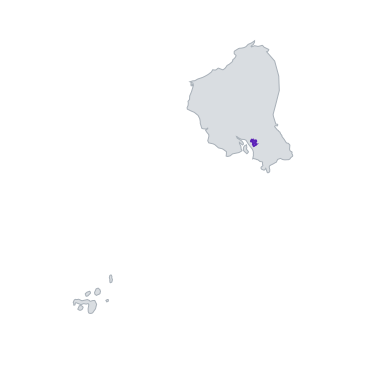 Camilo Ponce Enriquez, Azuay, Ecuador (highlighted), rotated 304°
{"feature_id": "8360857B38047305818625", "entity_name": "Camilo Ponce Enriquez", "entity_type": "district", "adm_level": 2, "iso_a3": "ECU", "parent_name": "Ecuador", "parent_adm1": "Azuay", "projection": "mercator", "projection_center": [-79.616, -2.963], "detail": "fine", "context": "in_parent", "style": "filled", "palette": "violet", "viewbox_px": 384, "rotation_deg": 304, "n_neighbors": 0, "source": "geoboundaries", "source_scale": "gbopen_adm2", "svg_char_len": 5414}
<svg xmlns="http://www.w3.org/2000/svg" viewBox="0 0 384 384"><g transform="rotate(304 192 192)"><path d="M352.4,159.3L351.3,160.0L348.6,160.3L346.5,159.6L345.7,159.6L345.6,160.3L348.3,162.1L349.6,165.3L351.6,167.2L352.8,168.1L352.9,168.8L352.5,170.1L352.4,171.1L353.1,175.9L352.6,176.2L351.1,176.2L350.0,175.4L346.8,187.3L336.6,199.1L325.0,207.6L311.6,212.4L301.8,215.8L300.3,217.1L295.5,223.1L295.2,223.6L295.9,224.7L295.9,225.3L295.2,225.7L294.6,225.8L294.3,225.5L294.1,224.7L293.5,224.0L292.7,223.8L292.3,224.0L292.2,224.6L291.2,227.9L291.2,229.4L290.8,230.0L290.8,231.4L289.8,232.8L289.1,234.9L288.3,235.6L287.2,238.9L285.7,242.3L285.6,243.4L286.1,244.2L286.2,244.9L285.6,246.9L282.1,248.9L281.2,249.9L280.9,251.0L281.1,252.0L281.0,252.7L279.9,253.0L278.8,254.9L277.9,255.4L275.8,254.7L274.2,254.7L272.9,254.1L270.5,250.9L269.6,249.0L269.3,246.5L266.9,244.8L263.8,245.2L262.8,244.6L260.5,243.5L258.5,242.3L257.0,241.7L255.9,242.0L254.0,244.0L252.3,245.0L251.5,244.9L250.4,244.3L250.2,243.6L252.9,239.9L250.9,239.9L250.2,239.1L250.1,238.2L249.8,237.2L250.2,236.0L251.2,235.4L252.8,235.9L253.8,235.9L254.5,234.8L256.0,234.0L256.3,233.4L255.5,231.7L255.3,230.7L255.5,230.1L255.5,228.2L255.0,227.5L255.0,226.4L254.6,225.9L254.4,224.5L253.4,223.8L256.6,222.5L257.8,221.6L259.3,220.7L260.5,219.3L261.3,217.9L263.3,211.8L265.1,207.9L264.8,206.0L263.3,203.5L262.9,199.8L263.1,198.7L262.9,197.8L261.9,199.4L262.1,204.8L261.2,207.3L260.0,207.9L259.2,207.5L259.7,203.5L258.7,204.2L257.3,206.9L254.9,208.9L254.8,209.6L254.2,210.4L252.4,209.6L250.9,208.8L246.3,204.3L243.3,203.4L241.5,201.8L241.1,201.1L240.9,200.2L242.7,199.3L244.7,198.0L244.8,195.2L244.8,193.0L243.4,189.3L244.0,184.4L243.7,182.5L242.1,178.4L243.3,176.4L247.5,174.9L248.9,173.9L249.9,170.7L250.8,168.7L252.7,169.5L254.2,169.4L252.2,168.7L250.6,165.8L250.3,164.5L253.5,160.5L255.1,159.4L257.2,157.3L258.9,154.2L259.3,149.2L258.6,145.6L258.1,141.8L259.1,140.8L261.7,140.3L263.8,139.1L264.9,138.0L267.4,138.2L270.3,136.4L274.9,135.5L281.4,133.5L282.8,131.8L282.2,128.6L284.6,130.5L285.7,132.0L289.0,133.7L292.9,136.7L295.5,138.2L298.3,139.6L302.4,141.0L304.9,140.8L306.0,143.0L306.9,143.7L309.2,144.4L309.5,144.7L310.4,148.9L310.9,149.5L312.9,150.2L315.4,150.4L316.5,150.3L318.6,151.4L322.0,152.4L323.3,152.5L323.8,152.3L324.0,151.9L325.0,152.0L326.5,152.5L328.6,152.6L329.9,152.1L330.2,149.8L330.7,149.3L332.2,148.4L333.0,148.6L337.0,150.4L337.8,151.1L338.8,152.4L340.7,154.3L342.7,155.5L345.8,156.0L348.9,158.0L352.4,159.3ZM38.4,156.7L39.7,158.0L40.3,161.6L44.3,165.4L44.7,167.5L44.4,168.5L44.6,168.9L46.5,170.4L47.7,172.0L45.6,175.7L41.2,177.3L36.5,177.2L35.5,176.8L34.3,175.4L34.0,174.1L34.8,172.9L37.2,171.1L40.9,169.5L41.4,168.2L39.9,167.0L38.9,164.6L36.5,162.9L35.4,157.7L34.6,157.4L33.0,158.1L32.2,157.5L32.1,157.2L33.8,156.0L34.1,155.2L36.7,154.8L37.8,155.4L38.4,156.7ZM56.8,172.4L55.8,172.4L52.8,170.5L53.0,168.6L54.2,167.4L58.1,166.7L59.8,167.9L59.6,170.2L58.3,171.8L57.2,172.1L56.8,172.4ZM257.2,215.6L256.8,216.4L255.0,216.3L254.4,216.1L254.9,212.5L255.4,211.3L256.9,210.2L258.2,209.7L259.8,209.8L261.6,210.8L259.5,212.6L258.0,213.1L257.2,215.6ZM35.4,166.3L33.4,166.6L31.8,165.9L31.1,164.9L30.9,163.3L31.1,162.8L34.7,162.2L35.9,163.6L35.9,165.5L35.4,166.3ZM74.8,175.1L72.5,175.9L71.2,175.2L71.1,174.7L72.4,173.5L73.6,172.8L74.7,171.4L76.8,170.6L77.4,170.8L77.8,171.1L78.0,171.5L77.3,172.7L76.0,173.5L74.8,175.1ZM52.1,163.8L51.2,164.4L47.5,163.7L46.4,162.6L47.3,161.0L48.1,160.4L50.3,161.0L52.5,162.7L52.1,163.8ZM55.1,183.5L54.3,183.6L53.2,182.7L54.0,181.2L55.6,182.0L56.0,182.6L55.1,183.5ZM281.2,132.6L280.1,132.8L279.6,131.8L280.9,130.7L281.4,130.5L281.2,132.6Z" fill="#d9dde1" stroke="#a8b0b8" stroke-width="1"/><path d="M265.2,215.8L265.2,216.0L265.3,216.0L265.3,216.3L265.4,216.5L265.2,216.5L265.0,216.4L264.9,216.7L264.8,217.1L264.7,217.1L264.6,217.3L264.4,217.4L264.4,217.5L264.5,217.5L264.8,217.7L264.8,217.8L264.9,218.0L265.0,218.0L265.4,218.1L265.5,218.1L265.8,218.2L265.9,218.3L266.0,218.3L266.2,218.5L266.3,218.6L266.5,218.7L266.8,218.7L266.8,218.8L267.1,218.8L267.5,218.9L267.4,218.8L267.4,218.7L267.2,218.4L267.2,218.2L267.3,218.2L267.3,218.3L267.5,218.3L267.6,218.2L267.8,218.1L268.0,218.1L268.1,217.9L268.2,217.7L268.3,217.6L268.4,217.4L268.4,217.2L268.5,217.2L268.7,216.9L268.8,216.8L268.8,216.7L268.7,216.6L268.8,216.6L269.0,216.6L269.3,216.8L269.5,217.0L269.8,217.2L270.0,217.1L270.2,216.9L270.3,216.9L270.5,216.7L270.6,216.4L270.7,216.2L270.4,216.0L270.5,216.0L270.5,215.9L270.4,215.8L270.4,215.7L270.2,215.7L270.0,215.4L270.0,215.2L269.9,215.1L269.7,215.0L269.6,214.9L269.6,214.6L269.4,214.5L269.4,214.4L269.4,214.2L269.5,214.0L269.5,213.9L269.5,213.7L269.3,213.7L269.2,213.6L269.3,213.5L269.2,213.5L269.2,213.4L269.0,213.2L268.9,213.2L269.0,213.1L268.9,213.0L269.0,213.0L269.0,212.9L268.9,212.8L268.9,212.7L269.1,212.6L269.1,212.4L268.9,212.4L268.8,212.5L268.8,212.4L268.8,212.2L268.7,212.0L268.1,212.1L267.9,212.1L267.5,212.1L267.4,212.1L267.2,212.2L267.2,212.3L267.0,212.5L266.9,212.5L266.7,212.6L266.7,212.8L266.8,212.9L266.8,213.0L267.0,213.2L267.1,213.3L267.3,213.3L267.4,213.5L267.5,213.8L267.7,214.0L267.7,214.3L267.6,214.2L267.5,214.5L267.4,214.5L267.2,214.6L266.9,214.7L266.9,214.8L266.6,214.9L266.5,215.0L266.7,215.3L266.8,215.8L266.8,216.0L266.7,215.9L266.5,215.7L266.4,215.6L266.2,215.6L265.9,215.7L265.7,215.7L265.4,215.7L265.2,215.8L265.2,215.8Z" fill="#8b5cf6" stroke="#5b21b6" stroke-width="1.5"/></g></svg>